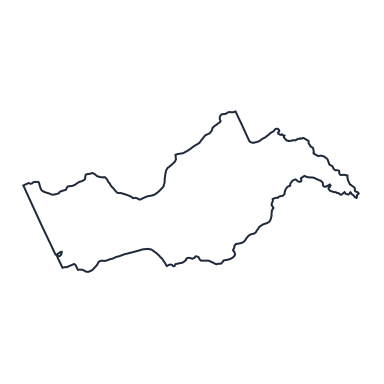 the district of Baião, Pará, Brazil, rotated 245°
{"feature_id": "56859067B46616418398900", "entity_name": "Baião", "entity_type": "district", "adm_level": 2, "iso_a3": "BRA", "parent_name": "Brazil", "parent_adm1": "Pará", "projection": "robinson", "projection_center": [-49.732, -3.168], "detail": "fine", "context": "isolated", "style": "outline", "palette": "slate", "viewbox_px": 384, "rotation_deg": 245, "n_neighbors": 0, "source": "geoboundaries", "source_scale": "gbopen_adm2", "svg_char_len": 6075}
<svg xmlns="http://www.w3.org/2000/svg" viewBox="0 0 384 384"><g transform="rotate(245 192 192)"><path d="M115.7,190.3L116.6,191.6L116.2,193.5L115.7,194.8L115.1,198.9L115.4,201.5L116.1,203.5L117.1,204.6L119.9,205.1L121.5,204.5L122.4,205.0L123.1,206.1L123.9,207.0L125.2,207.5L126.3,209.8L125.9,210.8L125.6,212.4L125.1,214.2L124.8,215.9L125.2,218.7L128.0,223.5L128.6,225.7L128.7,227.8L128.1,230.6L128.4,232.6L129.7,234.5L130.7,236.5L131.6,237.6L132.1,238.9L132.6,242.6L132.1,247.0L132.4,249.6L133.6,251.3L135.1,252.7L136.9,254.1L139.2,255.2L141.6,256.7L143.1,259.1L146.6,258.6L147.9,259.5L149.6,261.4L151.6,262.2L151.3,265.8L150.4,267.3L151.0,268.8L150.9,270.3L150.3,271.8L150.3,273.0L151.0,275.0L152.6,275.9L154.3,277.3L155.8,279.6L156.4,281.3L156.2,283.7L157.4,284.2L158.4,285.1L159.1,286.6L159.7,287.7L159.8,289.1L159.8,290.8L158.9,291.6L157.3,292.4L156.6,292.8L155.9,293.5L155.6,294.3L155.6,295.4L156.4,296.1L157.2,296.3L158.3,296.4L158.7,297.2L158.7,298.4L158.8,299.6L159.1,300.6L158.6,301.2L157.2,302.2L156.1,303.8L155.6,304.8L155.0,305.4L154.8,306.4L153.7,308.1L153.1,308.7L152.4,309.4L151.6,309.8L151.0,310.5L148.8,312.4L147.9,313.3L146.7,313.9L145.2,314.4L144.3,314.2L143.2,313.6L142.2,313.5L141.4,313.8L140.8,314.3L140.5,315.1L140.3,316.2L140.3,317.6L140.6,320.0L139.5,320.3L139.3,319.3L138.4,319.2L138.3,318.3L138.0,317.5L137.3,317.1L136.5,317.2L134.7,317.7L134.0,318.3L133.5,319.0L132.0,320.5L131.1,322.3L130.2,322.6L129.6,323.3L129.1,324.3L128.4,324.7L127.5,325.0L126.7,325.7L126.5,326.6L126.8,327.4L126.9,328.4L127.2,329.3L127.4,330.2L126.3,330.4L125.4,330.6L124.8,331.1L124.0,332.1L123.6,332.9L123.9,333.9L124.4,334.6L124.8,335.5L123.9,335.8L122.9,335.8L122.0,336.2L121.1,336.8L120.3,337.1L119.4,337.3L118.6,337.4L117.8,337.9L117.1,338.6L117.8,339.4L118.6,339.7L119.4,340.2L120.1,342.4L121.1,342.4L121.9,342.0L122.4,341.3L123.1,340.7L123.9,340.2L124.7,340.3L125.5,340.8L126.4,341.1L127.3,341.0L128.8,340.4L130.4,339.4L131.2,339.1L131.9,338.4L134.1,338.3L135.9,338.4L136.8,338.3L138.6,338.9L139.4,338.9L141.2,339.9L142.0,338.9L142.5,338.1L143.1,337.5L143.8,335.8L144.2,334.7L144.6,334.0L145.4,333.5L146.2,333.4L147.2,333.5L148.1,334.0L149.1,334.2L149.8,333.6L150.9,331.8L151.2,331.0L152.0,330.7L152.7,330.2L154.7,330.2L155.8,330.2L157.9,328.8L158.7,328.2L159.5,328.1L160.2,328.4L161.0,328.3L162.7,328.5L163.6,328.6L164.4,328.6L165.3,328.4L166.3,327.8L168.5,326.6L170.2,324.5L170.8,323.5L170.9,322.6L171.4,321.4L173.6,319.9L174.4,319.1L175.2,318.6L176.0,318.5L176.5,319.3L177.7,319.5L178.8,319.9L179.8,320.1L181.1,320.2L181.8,319.6L182.6,319.2L183.2,318.6L184.3,318.8L185.7,318.4L186.7,318.3L187.5,318.5L188.1,319.0L189.2,319.1L190.7,318.0L191.7,317.4L192.6,316.6L193.6,316.2L194.1,315.4L194.0,314.5L194.3,313.3L194.9,312.9L194.8,311.8L195.5,310.1L195.2,309.2L195.2,307.2L196.0,306.1L196.3,304.8L196.5,303.8L196.8,302.7L197.1,301.4L198.1,300.6L198.5,299.6L199.3,299.2L200.2,299.2L201.1,298.8L201.9,298.5L203.2,298.5L204.1,299.6L205.2,298.2L206.3,297.8L206.2,296.8L206.6,296.1L207.6,295.4L208.3,294.8L209.6,295.2L210.0,296.5L211.1,297.1L212.0,296.9L212.9,296.5L213.5,295.5L213.8,294.6L213.6,293.6L213.1,292.8L212.7,291.7L212.5,290.8L212.3,287.9L211.7,286.3L211.3,284.5L210.8,282.7L210.5,281.2L210.5,279.4L210.3,277.4L209.7,274.7L209.8,273.4L209.9,271.9L210.3,270.5L210.4,269.0L211.2,267.5L212.6,266.0L214.0,265.5L223.6,265.5L233.2,265.6L239.3,265.5L246.6,265.5L246.7,264.4L246.8,263.5L247.1,262.5L248.0,260.7L248.5,260.0L249.0,258.0L248.8,257.1L248.6,255.8L248.9,254.4L249.3,253.4L249.8,252.3L249.8,251.3L249.4,250.5L248.4,249.1L247.7,248.6L246.5,248.0L245.2,247.9L244.2,247.9L243.5,246.8L243.1,244.6L242.5,242.2L242.4,241.0L241.8,238.6L241.4,237.8L239.3,235.9L237.7,232.8L237.8,228.1L235.2,222.7L233.3,219.4L232.8,213.7L231.4,206.8L230.9,200.4L232.5,195.0L232.7,192.8L228.3,191.2L226.8,189.4L225.8,186.7L225.0,184.1L224.1,180.1L222.6,177.8L220.2,175.9L215.6,172.9L212.2,171.2L208.9,168.3L207.0,163.5L206.1,160.6L205.4,156.6L205.8,154.0L206.8,150.4L207.1,147.3L207.1,144.5L207.0,142.2L207.5,141.0L208.7,140.1L209.5,139.6L210.5,138.5L210.8,137.6L211.3,135.9L212.9,135.3L216.3,132.4L217.7,130.8L219.2,129.3L221.0,127.2L222.0,125.1L223.0,123.9L224.9,123.2L228.6,122.3L230.4,121.6L232.9,121.0L234.5,121.1L236.2,120.4L238.7,120.4L240.5,120.0L241.8,119.5L242.7,118.6L242.8,117.5L243.8,115.8L246.4,112.7L249.2,111.5L251.3,109.8L251.5,108.7L251.6,107.4L252.3,105.1L252.7,103.4L251.7,102.2L249.0,100.5L248.5,99.6L248.4,97.2L248.4,96.0L248.8,94.5L248.4,90.8L248.0,89.5L248.0,87.7L248.1,86.4L248.4,84.9L248.9,84.0L249.5,82.1L249.0,80.7L248.2,79.6L247.4,78.8L247.5,77.1L248.1,73.2L247.7,71.5L247.1,70.7L247.5,68.2L247.8,66.4L248.5,64.5L249.6,63.1L251.3,61.7L252.6,60.1L254.4,58.3L255.9,57.0L257.6,56.4L259.0,56.3L261.5,56.6L263.2,56.9L265.0,57.2L265.8,57.1L266.4,56.3L267.7,53.5L267.9,52.7L267.7,51.8L267.4,51.0L267.6,49.3L269.2,47.6L269.2,41.9L243.0,41.7L223.3,41.6L202.7,41.8L193.0,41.8L192.4,42.6L192.7,45.0L193.0,46.3L193.2,47.3L192.8,48.6L191.2,47.6L190.5,46.7L190.0,45.9L189.8,44.9L191.0,42.6L188.9,42.5L178.1,42.6L177.9,43.8L177.6,45.1L177.1,46.0L176.7,46.8L176.8,49.2L176.6,52.1L176.7,53.4L176.5,54.8L175.0,55.6L173.4,55.7L172.1,55.6L170.9,55.6L169.7,55.7L169.0,57.6L168.2,59.3L167.2,60.5L165.8,61.4L164.7,62.2L163.6,63.9L163.4,64.8L163.3,68.3L164.0,70.3L165.9,74.8L166.5,75.8L168.0,77.7L168.3,79.0L168.0,81.0L167.1,82.6L166.4,84.0L166.0,85.2L165.8,88.5L165.6,89.9L165.1,92.2L165.2,95.7L164.6,98.5L164.1,104.6L163.0,110.1L161.7,117.2L160.8,123.2L159.1,128.0L157.0,130.9L151.7,133.9L148.3,135.3L146.7,135.7L144.1,136.7L143.1,136.9L141.4,137.1L139.0,137.6L137.3,137.6L135.5,137.9L135.7,140.5L135.5,141.4L134.6,143.0L133.4,143.4L132.4,143.9L132.4,145.1L133.6,146.5L132.7,150.7L132.0,153.3L132.2,155.3L132.6,156.6L132.8,157.7L133.6,158.2L134.1,159.6L133.8,161.2L132.5,162.9L131.4,164.1L131.2,166.1L132.1,167.8L131.7,169.1L130.1,170.4L127.8,170.4L126.2,171.0L125.3,172.5L124.3,174.8L123.9,175.6L123.0,177.7L122.1,178.7L120.0,180.4L119.0,181.4L117.8,182.1L116.1,183.7L116.0,185.2L115.4,186.5L114.8,188.2L115.7,190.3Z" fill="none" stroke="#1e293b" stroke-width="2"/></g></svg>